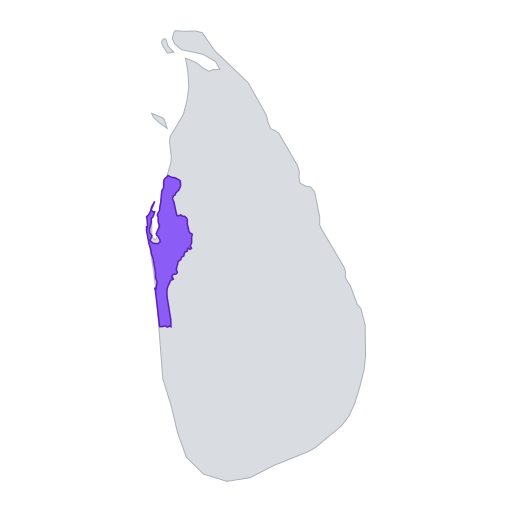 Puttalama highlighted on a map of Sri Lanka
{"feature_id": "LKA-2462", "entity_name": "Puttalama", "entity_type": "District", "adm_level": 1, "iso_a3": "LKA", "parent_name": "Sri Lanka", "parent_adm1": "", "projection": "natural_earth1", "projection_center": [79.891, 7.922], "detail": "fine", "context": "in_parent", "style": "filled", "palette": "violet", "viewbox_px": 512, "rotation_deg": 0, "n_neighbors": 0, "source": "natural_earth", "source_scale": "10m", "svg_char_len": 3382}
<svg xmlns="http://www.w3.org/2000/svg" viewBox="0 0 512 512"><path d="M175.1,30.7L184.8,31.3L195.0,31.0L202.2,32.6L214.6,50.6L248.2,82.8L266.5,115.5L268.2,122.7L270.8,128.9L275.2,130.6L278.9,133.4L297.2,165.0L299.3,171.2L299.0,178.1L300.1,183.2L304.9,185.8L310.8,187.1L314.7,191.9L319.7,217.1L319.7,224.9L321.1,228.3L344.2,267.5L345.5,272.3L345.3,275.9L346.0,279.0L350.4,285.9L357.4,304.6L361.0,308.8L365.2,325.2L365.5,356.4L364.0,370.3L359.7,387.2L354.6,403.8L349.1,415.7L341.5,425.8L315.7,447.3L308.3,451.6L274.6,465.1L249.7,477.8L226.8,481.3L203.8,474.2L186.5,457.5L177.6,432.9L171.6,407.2L162.8,378.7L156.0,290.5L152.8,265.9L147.6,234.5L148.1,220.9L151.8,207.9L151.8,236.5L155.2,240.0L157.7,236.3L160.0,206.7L161.9,194.2L171.1,161.5L171.2,155.7L169.7,143.4L169.8,137.3L183.4,114.4L186.9,101.0L188.8,87.4L188.0,72.7L185.5,58.1L196.6,62.8L202.6,67.8L208.8,71.2L213.8,69.5L219.9,69.4L215.5,61.5L202.7,54.2L181.5,49.7L174.8,43.9L172.3,38.9L173.6,33.1L175.1,30.7ZM164.3,119.6L167.2,128.4L158.9,122.4L153.5,117.4L151.6,113.3L162.8,117.9L164.3,119.6ZM173.8,52.0L167.5,53.2L162.6,45.5L161.4,42.2L162.7,39.9L164.1,38.7L165.7,39.1L168.1,46.3L173.8,52.0Z" fill="#d9dde1" stroke="#a8b0b8" stroke-width="1"/><path d="M159.6,326.6L155.3,290.0L154.7,288.5L155.1,288.0L155.4,287.9L156.1,288.5L156.3,286.5L156.8,284.1L156.9,283.0L157.0,281.9L156.5,280.1L155.7,278.5L155.5,277.5L155.4,276.4L155.4,272.1L153.1,259.0L152.8,257.5L151.6,254.6L150.6,248.6L149.0,243.9L146.5,230.7L146.5,227.0L146.9,227.2L146.9,227.3L147.1,227.8L147.5,225.6L147.0,218.7L146.5,216.6L148.1,215.4L149.7,213.0L150.8,210.4L151.2,208.2L151.7,206.7L154.7,201.3L153.1,205.5L151.2,209.4L151.7,210.3L151.8,210.6L152.5,211.4L153.5,211.9L154.7,211.8L153.7,215.0L152.7,217.3L152.2,217.7L151.8,217.8L151.4,218.1L151.2,219.4L151.3,222.1L151.2,223.0L149.5,229.2L149.6,230.4L149.7,232.7L151.5,235.1L152.0,235.8L150.0,240.6L153.2,243.3L157.8,243.7L160.2,241.8L159.8,239.7L159.0,238.1L158.7,237.5L158.4,237.0L157.5,235.7L156.5,234.9L156.2,233.7L159.5,226.2L159.4,224.9L159.0,223.9L158.5,223.1L158.2,222.2L158.1,220.8L158.2,218.4L158.2,217.4L158.1,217.2L157.8,216.3L157.7,216.2L157.5,215.9L157.3,215.5L157.5,214.2L158.0,213.1L159.3,211.1L159.5,209.8L159.8,207.3L160.7,202.5L161.7,191.1L162.3,189.8L162.9,189.1L163.4,188.4L163.6,186.7L163.6,181.8L164.2,179.4L165.6,177.9L167.2,176.6L168.1,175.5L169.3,176.2L171.9,177.4L174.9,177.7L177.5,179.0L180.2,180.7L180.7,185.5L178.9,190.0L175.8,192.9L175.6,193.7L175.2,194.8L173.5,195.7L172.4,198.6L173.9,201.9L176.4,213.6L177.0,215.7L179.1,215.7L180.8,214.8L182.6,216.3L184.6,216.3L186.1,217.6L187.2,219.3L187.4,221.5L187.3,223.9L188.4,228.5L188.8,230.7L189.7,232.8L191.1,233.4L192.3,234.3L192.0,235.7L191.6,237.2L191.7,240.3L191.6,243.0L190.9,244.3L190.3,245.7L191.5,248.2L190.2,249.4L188.1,248.0L187.6,249.1L187.5,250.6L186.8,251.5L186.1,251.7L186.3,251.3L184.8,252.1L184.2,253.7L184.1,254.9L183.7,256.0L181.5,257.2L181.1,258.4L180.8,259.7L179.5,260.6L178.2,261.4L177.9,262.7L177.7,264.1L176.7,266.9L176.4,270.0L177.0,271.3L177.3,272.5L176.6,273.6L175.5,274.1L174.1,274.2L172.8,274.7L172.1,276.1L171.6,277.6L172.8,277.9L173.4,279.0L172.2,279.8L170.8,280.2L170.0,281.3L169.7,282.7L168.2,285.6L167.1,288.8L166.9,292.8L167.1,296.9L170.8,319.8L171.0,326.8L169.3,326.0L167.8,327.1L166.6,326.9L165.8,325.9L163.9,326.2L162.0,326.7L159.6,326.6Z" fill="#8b5cf6" stroke="#5b21b6" stroke-width="1.5"/></svg>